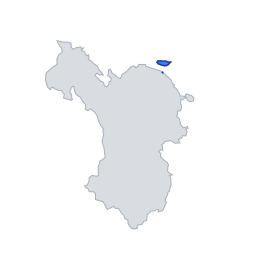 Taiwan highlighted among its neighbors, rotated 258°
{"feature_id": "TWN", "entity_name": "Taiwan", "entity_type": "country or territory", "adm_level": 0, "iso_a3": "TWN", "parent_name": "Asia", "parent_adm1": "", "projection": "robinson", "projection_center": [120.725, 23.601], "detail": "fine", "context": "with_neighbors", "style": "filled", "palette": "blue", "viewbox_px": 256, "rotation_deg": 258, "n_neighbors": 1, "source": "natural_earth", "source_scale": "50m", "svg_char_len": 3481}
<svg xmlns="http://www.w3.org/2000/svg" viewBox="0 0 256 256"><g transform="rotate(258 128 128)"><path d="M143.7,198.7L140.8,197.4L140.8,193.9L142.5,192.1L146.4,191.0L148.4,191.1L149.2,192.6L147.6,194.4L146.8,196.7L143.7,198.7ZM51.7,101.1L51.9,98.8L54.3,97.8L52.6,90.8L61.1,88.3L64.8,81.3L70.8,82.6L72.9,80.8L73.7,76.8L76.4,76.5L79.2,73.8L80.5,73.5L80.9,76.3L83.2,78.3L87.4,79.8L89.1,83.0L87.2,87.6L88.1,89.3L96.0,90.6L99.6,93.1L101.5,93.5L102.6,97.2L104.2,99.6L114.4,100.4L118.8,99.8L121.9,100.4L126.5,102.8L130.5,102.8L131.8,104.1L135.8,101.9L141.1,100.6L146.0,100.4L149.9,99.0L154.6,95.5L153.2,92.6L155.0,90.1L160.0,91.2L163.3,89.1L168.2,87.6L170.6,85.0L172.8,83.9L177.5,83.3L179.9,83.8L180.3,82.4L177.5,79.6L175.0,78.4L172.5,79.8L169.4,79.2L167.6,79.7L166.9,78.1L170.7,71.2L174.5,72.7L178.9,70.2L178.8,68.5L181.6,64.4L183.4,63.1L183.3,61.0L181.6,60.1L184.2,58.1L187.9,57.4L191.9,57.3L196.5,58.5L199.2,59.9L203.6,67.9L204.9,71.7L210.3,72.9L214.2,75.7L215.6,79.5L220.4,79.5L223.0,77.9L228.1,76.7L226.7,80.3L225.6,81.7L224.8,86.1L222.9,89.9L219.0,89.2L216.3,90.6L217.3,94.0L217.1,98.8L215.4,98.9L215.6,100.9L213.4,98.5L212.2,100.8L207.2,102.5L207.8,104.6L204.9,104.5L203.4,103.2L201.2,106.1L197.6,108.2L195.0,110.8L190.4,111.9L188.0,113.8L184.4,114.9L186.2,113.1L185.5,111.5L188.1,108.8L186.3,106.7L179.7,110.9L177.7,113.5L174.4,113.7L172.7,115.6L174.5,118.3L177.2,119.0L177.3,120.8L179.9,122.0L183.6,119.1L186.6,120.6L188.8,120.8L189.3,122.9L184.6,124.0L183.0,126.2L179.7,128.2L178.0,131.0L181.6,133.2L183.0,137.2L187.3,144.0L187.3,147.1L185.2,148.2L186.0,150.3L188.0,151.6L186.6,158.1L184.7,158.4L176.1,173.0L166.4,180.1L162.5,180.6L160.3,182.4L159.1,181.1L157.1,183.1L152.2,185.1L148.5,185.7L147.2,190.0L145.3,190.2L144.4,187.3L145.3,185.7L140.6,184.4L138.9,185.1L135.4,184.0L133.8,182.4L134.4,180.1L131.2,179.3L129.6,177.8L126.6,180.0L120.4,180.4L116.6,182.0L117.0,186.6L115.1,186.5L114.8,183.9L112.2,185.1L108.2,182.8L109.3,179.4L107.1,178.7L106.4,174.9L102.7,175.6L103.3,170.8L106.8,167.4L107.1,161.0L105.7,160.0L104.7,157.6L102.6,157.9L98.9,157.3L100.2,155.6L98.7,153.1L96.2,154.8L93.3,153.8L89.2,156.4L85.9,159.4L83.1,159.9L81.6,158.8L77.4,157.8L75.5,158.8L73.0,161.8L72.9,158.6L70.7,159.5L62.9,158.2L60.3,156.4L57.7,155.6L56.7,153.6L54.8,153.1L51.6,150.4L49.0,149.2L47.4,150.2L40.0,144.8L39.6,140.3L42.0,140.8L42.3,138.8L41.3,136.7L42.0,133.4L39.1,128.7L33.8,127.0L33.3,123.9L31.2,122.0L30.8,120.9L31.1,117.0L29.2,116.1L28.0,116.5L27.9,112.8L29.0,111.9L28.7,110.9L32.2,109.0L34.6,108.2L38.0,108.8L39.8,106.2L44.1,105.7L45.5,104.1L51.1,102.0L51.7,101.1Z" fill="#d9dde1" stroke="#a8b0b8" stroke-width="1"/><path d="M184.3,180.8L184.1,181.2L183.9,181.7L183.8,182.2L183.8,182.7L183.8,183.1L183.7,183.6L183.4,183.5L183.2,183.1L183.1,182.6L182.9,182.0L182.8,181.8L182.5,181.5L182.1,181.3L181.9,181.1L181.7,180.7L181.6,180.4L181.3,179.3L181.2,179.1L181.1,178.9L181.0,178.6L181.1,178.4L181.2,178.0L181.3,177.6L181.2,177.1L181.2,176.6L181.3,176.4L183.0,173.2L183.4,172.6L183.7,172.3L183.9,171.9L184.1,171.4L184.4,171.0L184.6,170.9L185.5,170.5L185.8,170.1L186.1,170.0L186.3,170.0L186.5,170.2L186.7,170.4L186.8,170.5L187.2,170.7L187.4,170.9L187.5,171.2L187.2,171.6L187.1,171.8L187.1,172.2L187.1,172.6L187.2,173.0L186.8,174.0L186.5,174.7L186.4,175.0L186.3,175.7L186.1,176.5L185.9,177.5L185.7,178.5L185.5,179.0L185.3,179.4L184.8,180.1L184.3,180.8ZM175.2,173.1L175.4,173.3L175.3,173.5L174.9,173.4L175.0,173.3L175.2,173.1Z" fill="#3b82f6" stroke="#1e3a8a" stroke-width="1.5"/></g></svg>